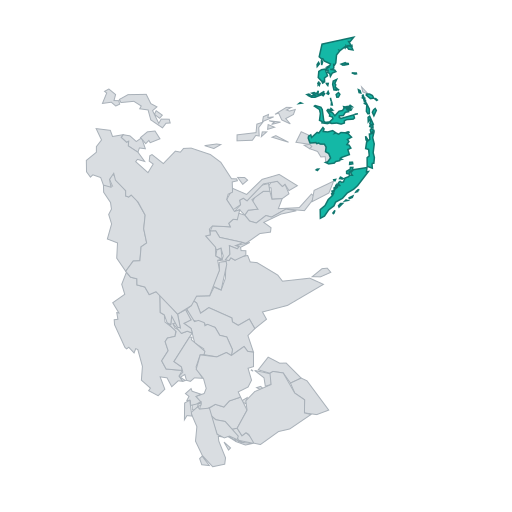 Indonesia on a map of Asia (Equal Earth projection), rotated 257°
{"feature_id": "IDN", "entity_name": "Indonesia", "entity_type": "country or territory", "adm_level": 0, "iso_a3": "IDN", "parent_name": "Asia", "parent_adm1": "", "projection": "equal_earth", "projection_center": [119.503, -2.501], "detail": "fine", "context": "in_parent", "style": "filled", "palette": "teal", "viewbox_px": 512, "rotation_deg": 257, "n_neighbors": 45, "source": "natural_earth", "source_scale": "50m", "svg_char_len": 17876}
<svg xmlns="http://www.w3.org/2000/svg" viewBox="0 0 512 512"><g transform="rotate(257 256 256)"><path d="M269.2,126.0L263.6,129.0L260.6,134.8L254.6,133.5L250.8,140.7L242.4,143.3L243.7,150.5L241.1,154.0L222.5,150.0L219.3,153.4L212.1,152.5L201.6,161.2L195.9,159.0L196.0,151.3L193.0,148.2L183.5,149.1L175.1,140.5L166.1,143.0L161.1,158.4L156.3,154.1L150.4,156.4L151.9,152.1L147.6,144.5L157.3,141.9L159.8,135.4L146.7,137.2L141.9,129.2L148.9,121.1L151.0,123.4L160.8,116.4L174.0,120.5L191.4,119.8L192.8,118.0L189.0,115.4L195.7,111.5L194.6,109.0L196.5,107.7L220.9,102.7L225.8,103.5L225.4,107.2L232.2,107.6L231.3,109.6L242.7,105.9L248.2,119.5L258.6,118.8L269.2,126.0Z" fill="#d9dde1" stroke="#a8b0b8" stroke-width="1"/><path d="M161.1,158.4L166.1,143.0L175.1,140.5L183.5,149.1L193.0,148.2L196.0,151.3L195.9,159.0L200.4,161.2L210.9,154.4L208.4,157.5L216.3,160.3L211.4,163.4L207.6,163.1L208.6,159.9L204.0,160.9L200.1,166.1L197.4,165.9L198.2,172.1L195.4,176.5L171.6,152.3L164.8,158.4L161.1,158.4Z" fill="#d9dde1" stroke="#a8b0b8" stroke-width="1"/><path d="M388.6,401.8L391.8,397.0L397.0,396.9L388.6,401.8Z" fill="#d9dde1" stroke="#a8b0b8" stroke-width="1"/><path d="M82.5,193.8L77.5,200.2L74.1,211.1L74.2,203.2L79.7,194.7L82.5,193.8Z" fill="#d9dde1" stroke="#a8b0b8" stroke-width="1"/><path d="M86.5,189.6L79.8,194.7L86.5,187.9L86.5,189.6Z" fill="#d9dde1" stroke="#a8b0b8" stroke-width="1"/><path d="M80.2,197.8L76.7,202.6L79.2,197.2L80.2,197.8Z" fill="#d9dde1" stroke="#a8b0b8" stroke-width="1"/><path d="M80.2,197.8L92.7,193.4L92.4,198.9L84.0,201.9L86.1,206.5L77.7,212.5L74.1,211.1L80.2,197.8Z" fill="#d9dde1" stroke="#a8b0b8" stroke-width="1"/><path d="M127.0,235.8L135.5,236.4L144.8,228.9L137.7,244.2L127.4,241.8L127.0,235.8Z" fill="#d9dde1" stroke="#a8b0b8" stroke-width="1"/><path d="M124.7,233.4L125.1,230.0L127.6,227.0L127.9,231.2L124.7,233.4Z" fill="#d9dde1" stroke="#a8b0b8" stroke-width="1"/><path d="M117.8,208.6L120.0,215.6L114.2,213.0L117.8,208.6Z" fill="#d9dde1" stroke="#a8b0b8" stroke-width="1"/><path d="M92.4,198.9L92.7,193.4L101.7,188.7L105.5,180.0L112.0,175.4L118.3,176.4L120.6,183.0L116.1,190.7L120.8,197.5L122.0,209.2L107.8,212.6L92.4,198.9Z" fill="#d9dde1" stroke="#a8b0b8" stroke-width="1"/><path d="M138.6,243.2L144.6,232.6L154.7,245.1L146.2,255.0L144.9,261.3L126.9,272.5L124.4,261.0L135.9,256.2L139.7,246.6L138.6,243.2ZM146.1,226.1L144.4,227.3L145.8,225.7L146.1,226.1Z" fill="#d9dde1" stroke="#a8b0b8" stroke-width="1"/><path d="M306.0,294.4L307.7,284.3L318.9,286.0L320.6,282.6L324.6,287.7L324.0,293.6L317.8,297.4L319.4,300.4L309.2,302.1L306.0,294.4Z" fill="#d9dde1" stroke="#a8b0b8" stroke-width="1"/><path d="M315.9,284.1L307.7,284.3L306.0,294.4L297.1,288.4L293.4,309.0L303.9,324.0L300.2,326.6L289.3,313.4L295.0,295.8L290.4,279.9L293.2,274.8L288.1,263.7L291.5,257.6L298.4,254.2L302.4,258.8L301.2,268.3L309.1,264.4L314.5,268.7L317.4,277.7L315.9,284.1Z" fill="#d9dde1" stroke="#a8b0b8" stroke-width="1"/><path d="M323.8,284.5L315.9,284.1L317.4,277.7L311.8,264.7L301.2,268.3L302.4,258.8L298.4,254.2L304.6,250.5L304.3,245.0L309.5,252.5L314.0,252.5L315.2,256.7L311.8,259.7L323.7,276.1L323.8,284.5Z" fill="#d9dde1" stroke="#a8b0b8" stroke-width="1"/><path d="M298.4,254.2L291.5,257.6L288.1,263.7L293.2,274.8L290.4,279.9L295.0,295.8L291.0,305.5L291.2,289.8L287.0,271.1L280.2,277.0L276.0,275.5L277.0,264.8L270.6,249.1L282.3,224.8L289.5,222.4L290.6,216.9L295.1,220.4L290.2,237.5L294.0,236.7L296.9,242.0L295.6,246.0L302.4,247.3L298.4,254.2Z" fill="#d9dde1" stroke="#a8b0b8" stroke-width="1"/><path d="M312.3,302.8L319.4,300.4L317.8,297.4L324.0,293.6L324.6,279.5L311.8,259.7L315.2,256.7L314.0,252.5L309.5,252.5L306.2,244.3L317.6,240.1L327.0,248.7L318.1,260.7L329.3,279.2L330.3,296.9L315.2,312.1L312.3,302.8Z" fill="#d9dde1" stroke="#a8b0b8" stroke-width="1"/><path d="M404.1,153.8L401.4,160.2L394.5,165.1L396.9,171.1L385.4,172.3L387.5,166.7L383.7,164.3L386.3,161.6L392.0,156.3L396.4,157.7L395.8,155.5L401.9,151.3L404.1,153.8Z" fill="#d9dde1" stroke="#a8b0b8" stroke-width="1"/><path d="M390.3,173.8L397.4,170.1L401.4,178.1L400.5,185.7L391.8,188.8L390.2,178.4L392.7,177.6L390.3,173.8Z" fill="#d9dde1" stroke="#a8b0b8" stroke-width="1"/><path d="M270.4,125.6L285.2,119.8L299.9,124.0L306.0,115.0L319.7,122.5L329.6,121.8L334.2,125.7L340.8,126.3L352.4,121.9L359.4,123.3L356.4,131.9L363.6,130.5L368.9,134.6L348.9,143.7L343.8,142.5L342.1,145.2L343.5,148.1L338.8,151.8L320.8,157.2L307.8,152.7L293.3,152.4L290.8,146.1L277.5,141.8L278.7,135.2L270.4,125.6Z" fill="#d9dde1" stroke="#a8b0b8" stroke-width="1"/><path d="M290.6,216.9L289.5,222.4L282.3,224.8L272.1,246.4L270.7,238.8L269.0,241.8L267.2,239.4L272.0,232.4L263.5,231.0L259.2,225.4L257.6,228.6L259.9,231.1L256.6,234.6L258.7,235.9L258.4,248.0L251.5,249.0L249.3,255.5L232.5,272.9L225.5,276.1L222.3,303.4L213.2,315.3L200.8,275.7L200.0,249.7L192.0,252.0L185.5,238.5L196.1,235.3L192.4,223.1L197.1,218.2L201.1,218.5L216.3,198.4L212.7,189.1L223.6,187.6L227.5,183.8L230.3,189.1L227.7,201.9L235.1,208.0L230.7,214.4L241.1,221.1L257.4,225.6L260.5,217.7L260.4,222.3L263.4,224.1L271.5,223.6L270.7,219.2L286.8,211.4L286.9,216.2L290.6,216.9Z" fill="#d9dde1" stroke="#a8b0b8" stroke-width="1"/><path d="M270.7,238.8L270.6,253.0L267.9,242.9L264.6,242.7L263.4,247.3L259.1,246.3L256.6,234.6L259.9,231.1L257.6,228.6L259.2,225.4L263.5,231.0L272.0,232.4L267.2,239.4L269.0,241.8L270.7,238.8Z" fill="#d9dde1" stroke="#a8b0b8" stroke-width="1"/><path d="M270.7,219.2L271.5,223.6L260.4,222.3L265.1,216.7L270.7,219.2Z" fill="#d9dde1" stroke="#a8b0b8" stroke-width="1"/><path d="M258.2,218.7L257.4,225.6L254.4,225.6L230.7,214.4L236.6,206.9L250.4,217.2L258.2,218.7Z" fill="#d9dde1" stroke="#a8b0b8" stroke-width="1"/><path d="M227.5,183.8L223.6,187.6L212.7,189.1L216.3,198.4L201.1,218.5L197.1,218.2L192.4,223.1L196.1,235.3L185.5,238.5L180.3,230.2L162.8,231.9L165.0,226.4L170.5,224.0L164.6,209.6L170.0,212.0L183.7,209.3L186.9,202.8L195.6,200.1L208.2,179.3L219.8,176.6L222.3,182.0L227.5,183.8Z" fill="#d9dde1" stroke="#a8b0b8" stroke-width="1"/><path d="M185.0,176.7L199.9,176.5L206.6,170.6L208.4,178.3L213.8,175.0L219.8,176.6L205.9,181.3L206.2,185.4L202.7,190.6L199.5,190.5L200.3,193.5L195.6,200.1L186.9,202.8L183.7,209.3L170.0,212.0L164.6,209.6L168.6,205.4L166.5,195.2L171.6,183.1L177.3,184.2L185.0,176.7Z" fill="#d9dde1" stroke="#a8b0b8" stroke-width="1"/><path d="M195.4,176.5L198.2,172.1L197.4,165.9L208.6,159.9L209.0,163.0L203.2,166.1L217.0,166.5L219.5,175.3L208.4,178.3L206.6,170.6L199.9,176.5L195.4,176.5Z" fill="#d9dde1" stroke="#a8b0b8" stroke-width="1"/><path d="M210.9,154.4L219.3,153.4L222.5,150.0L241.1,154.0L217.0,166.5L203.2,166.1L204.1,163.6L216.3,160.3L208.4,157.5L210.9,154.4Z" fill="#d9dde1" stroke="#a8b0b8" stroke-width="1"/><path d="M150.4,156.4L156.3,154.1L159.3,158.6L164.8,158.4L171.6,152.3L191.9,172.9L191.2,175.5L188.9,174.2L174.6,184.8L171.6,183.1L172.2,179.4L161.3,172.6L148.9,176.3L151.1,168.6L148.6,163.9L150.5,160.3L156.6,160.0L154.9,155.0L150.5,159.2L150.4,156.4Z" fill="#d9dde1" stroke="#a8b0b8" stroke-width="1"/><path d="M122.0,209.2L120.8,197.5L116.1,190.7L120.6,183.0L117.7,172.9L119.5,166.5L125.2,169.5L132.7,165.8L133.7,174.6L138.2,177.7L148.3,177.3L159.1,172.2L172.2,179.4L166.5,195.2L168.6,205.4L164.6,209.6L170.5,224.0L165.0,226.4L162.8,231.9L148.8,228.7L148.4,223.0L136.0,223.7L130.1,218.8L127.6,208.1L122.0,209.2Z" fill="#d9dde1" stroke="#a8b0b8" stroke-width="1"/><path d="M81.3,196.4L86.5,189.6L85.9,184.2L90.9,178.0L110.3,176.1L105.5,180.0L101.7,188.7L84.5,198.2L81.3,196.4Z" fill="#d9dde1" stroke="#a8b0b8" stroke-width="1"/><path d="M126.4,169.4L119.3,162.9L120.4,159.3L126.4,160.5L126.4,169.4Z" fill="#d9dde1" stroke="#a8b0b8" stroke-width="1"/><path d="M118.3,176.4L90.9,178.0L87.4,182.4L88.7,178.7L84.1,178.1L66.2,180.9L60.2,178.7L60.4,166.4L73.8,158.8L89.2,155.4L103.0,160.0L118.0,157.3L122.2,165.3L119.5,166.5L118.3,176.4ZM64.8,156.2L71.3,155.5L73.1,158.5L62.3,163.4L64.8,156.2Z" fill="#d9dde1" stroke="#a8b0b8" stroke-width="1"/><path d="M228.8,317.5L228.1,322.7L223.3,325.2L221.2,314.1L223.2,306.1L228.8,317.5Z" fill="#d9dde1" stroke="#a8b0b8" stroke-width="1"/><path d="M331.8,264.9L328.8,259.2L336.7,255.8L335.0,262.6L331.8,264.9ZM217.0,166.5L243.7,150.5L242.4,143.3L250.8,140.7L254.6,133.5L260.6,134.8L263.6,129.0L270.4,125.6L278.7,135.2L277.5,141.8L290.8,146.1L293.3,152.4L307.8,152.7L320.8,157.2L334.9,153.3L343.5,148.1L342.1,145.2L343.8,142.5L348.9,143.7L361.5,136.1L368.6,136.0L363.6,130.5L355.6,130.2L359.4,123.3L367.4,122.3L371.8,115.3L370.1,112.4L376.2,109.8L387.3,112.2L393.0,123.8L398.5,125.1L403.8,131.6L416.1,128.9L411.2,142.3L404.7,143.1L404.1,153.8L401.9,151.3L395.8,155.5L396.4,157.7L392.0,156.3L383.7,164.3L373.2,168.8L376.8,162.2L375.0,160.0L361.5,169.5L368.7,176.5L372.5,173.3L377.6,175.1L378.2,177.5L366.9,186.5L376.3,201.0L374.2,205.7L377.1,209.6L375.7,217.1L365.1,234.4L355.2,242.8L336.8,249.5L335.5,254.5L333.5,254.8L333.5,249.5L323.5,247.5L322.5,242.8L317.6,240.1L304.3,245.0L304.6,250.5L295.6,246.0L296.9,242.0L294.0,236.7L290.2,237.5L295.1,220.4L292.7,216.6L286.9,216.2L286.8,211.4L273.6,218.6L265.1,216.7L260.4,221.4L260.5,217.7L250.4,217.2L227.7,201.9L230.3,189.1L222.3,182.0L217.0,166.5Z" fill="#d9dde1" stroke="#a8b0b8" stroke-width="1"/><path d="M375.1,230.8L374.0,242.8L372.5,246.7L370.2,239.1L375.1,230.8Z" fill="#d9dde1" stroke="#a8b0b8" stroke-width="1"/><path d="M130.8,156.1L134.3,159.1L137.8,156.3L141.4,162.9L138.6,163.3L133.7,171.3L132.7,165.8L126.4,169.4L125.1,164.5L125.1,158.7L129.8,159.5L130.8,156.1ZM125.2,169.5L123.1,168.9L122.2,165.3L124.9,166.3L125.2,169.5Z" fill="#d9dde1" stroke="#a8b0b8" stroke-width="1"/><path d="M112.5,149.4L128.8,153.4L130.5,159.0L114.5,157.5L116.0,152.8L112.5,149.4Z" fill="#d9dde1" stroke="#a8b0b8" stroke-width="1"/><path d="M374.5,294.3L371.1,288.1L375.5,290.0L374.5,294.3ZM380.9,310.0L380.7,300.8L382.2,303.9L384.9,299.1L380.9,310.0ZM389.8,306.4L394.0,319.1L392.8,323.7L391.4,318.6L389.7,321.2L389.9,327.2L385.5,324.3L383.2,315.9L377.0,319.1L382.8,311.7L390.1,310.2L389.8,306.4ZM368.8,302.4L359.5,313.3L368.1,298.4L368.8,302.4ZM378.3,264.8L376.2,283.8L384.3,286.5L384.8,292.7L380.6,287.6L372.2,286.1L373.5,282.9L369.6,278.5L372.5,263.4L378.3,264.8ZM377.3,303.0L376.8,295.8L381.3,297.4L377.3,303.0ZM390.1,294.5L391.1,300.0L388.3,298.7L387.6,304.5L385.5,292.6L390.1,294.5Z" fill="#d9dde1" stroke="#a8b0b8" stroke-width="1"/><path d="M296.3,322.8L306.9,327.4L311.5,348.5L301.0,341.2L296.3,322.8ZM362.1,334.3L354.6,333.5L350.0,347.9L334.7,351.1L332.2,348.3L331.6,345.0L337.2,345.8L337.9,341.5L344.0,339.5L348.5,332.4L352.7,333.5L357.8,320.5L366.9,328.0L362.1,334.3Z" fill="#d9dde1" stroke="#a8b0b8" stroke-width="1"/><path d="M353.1,327.8L352.7,333.5L350.1,335.0L348.5,332.4L353.1,327.8Z" fill="#d9dde1" stroke="#a8b0b8" stroke-width="1"/><path d="M442.0,167.6L438.2,185.4L428.1,187.8L423.6,193.0L420.9,187.9L407.1,191.1L410.7,194.4L408.8,202.2L404.9,202.3L405.6,198.2L401.9,193.7L412.3,184.1L422.6,183.7L425.6,175.8L428.0,177.9L434.2,171.8L435.9,158.9L439.3,158.1L442.0,167.6ZM448.4,147.2L450.5,145.5L451.8,150.2L444.9,155.5L439.4,152.6L438.2,157.2L434.6,157.3L433.7,153.1L438.4,149.6L439.2,140.7L448.4,147.2ZM411.9,193.0L416.9,188.9L420.0,191.4L414.3,196.4L411.9,193.0Z" fill="#d9dde1" stroke="#a8b0b8" stroke-width="1"/><path d="M124.4,261.0L126.9,272.5L122.9,277.6L89.5,292.2L87.8,279.5L92.2,267.9L104.9,271.0L113.7,262.9L124.4,261.0Z" fill="#d9dde1" stroke="#a8b0b8" stroke-width="1"/><path d="M74.1,211.8L83.8,208.8L86.1,206.5L84.0,201.9L92.4,198.9L107.8,212.6L117.2,213.5L124.2,224.3L127.4,241.8L138.6,243.2L139.7,246.6L135.9,256.2L113.7,262.9L104.9,271.0L92.2,267.9L89.2,273.9L79.9,250.0L79.9,238.5L71.3,217.9L74.1,211.8Z" fill="#d9dde1" stroke="#a8b0b8" stroke-width="1"/><path d="M81.9,183.0L74.7,188.0L73.1,185.6L81.9,183.0Z" fill="#d9dde1" stroke="#a8b0b8" stroke-width="1"/><path d="M331.5,344.9L331.6,346.9L334.7,350.7L339.5,349.9L342.0,347.2L346.3,348.8L349.6,347.8L350.6,343.8L352.0,342.4L351.8,340.5L353.1,339.9L353.9,334.1L359.2,333.4L360.9,334.2L361.7,336.6L359.0,336.9L362.7,343.4L361.7,344.9L366.1,350.1L364.5,350.9L362.2,349.5L360.7,353.8L360.9,358.9L358.5,361.1L357.8,360.2L357.9,361.6L356.1,363.9L357.2,366.5L356.0,370.6L355.3,371.7L354.9,372.9L350.3,375.8L349.0,371.2L346.6,372.3L344.1,369.6L343.1,371.6L339.8,372.7L339.1,369.4L333.8,369.8L332.8,361.4L332.1,360.1L330.1,359.0L330.1,354.8L328.9,353.2L329.4,347.5L331.5,344.9ZM278.3,327.2L286.8,329.0L289.6,334.6L294.8,339.1L297.7,344.1L299.1,345.3L298.9,343.8L299.7,343.7L301.3,346.5L303.3,347.8L304.6,350.8L307.0,352.1L305.2,353.9L308.2,352.4L309.4,353.6L309.8,354.8L308.5,356.0L308.5,357.9L311.9,360.2L312.5,364.1L313.7,365.5L313.0,368.0L315.8,366.9L318.2,370.5L317.2,384.0L313.1,382.5L313.0,384.5L301.7,370.8L299.1,366.2L296.9,359.1L292.7,353.2L290.6,345.7L287.3,343.2L284.6,337.2L279.5,331.7L278.3,327.2ZM447.6,368.0L447.2,400.4L443.7,395.9L444.1,394.5L439.6,396.1L440.4,392.8L439.1,391.2L439.6,390.9L440.3,391.0L440.7,390.9L438.6,389.6L439.6,389.2L437.2,384.0L437.7,383.3L436.8,383.5L433.8,379.7L426.2,377.2L424.3,375.4L425.0,374.7L421.7,374.1L420.6,372.4L421.2,370.3L419.5,374.5L417.7,375.3L417.1,371.5L414.3,368.9L417.1,368.9L418.8,367.2L420.7,368.1L421.5,365.5L415.5,366.2L414.1,362.8L410.7,362.1L411.6,359.3L415.9,356.8L421.7,358.7L422.8,361.8L422.5,366.5L423.5,369.1L424.1,367.7L425.1,371.0L426.4,371.8L430.6,366.4L433.2,365.5L433.4,364.2L435.9,362.4L447.6,368.0ZM389.3,347.5L386.3,352.7L383.8,353.5L372.1,352.4L370.6,353.7L370.1,357.8L372.4,361.8L374.2,361.7L375.8,359.1L377.2,359.7L381.7,357.9L382.6,358.9L382.4,360.0L380.7,359.5L378.3,362.8L374.9,364.4L378.4,369.5L378.3,373.1L380.5,375.3L380.5,376.9L377.7,377.7L377.4,379.1L375.8,378.8L375.9,375.4L373.2,372.6L373.8,368.7L372.3,368.3L370.9,369.7L371.5,382.9L368.3,383.0L367.5,381.5L368.5,375.1L367.9,372.5L365.7,372.0L365.4,368.6L367.4,364.6L368.1,359.5L368.8,358.4L369.3,359.3L368.9,355.4L370.9,350.2L372.1,350.7L373.9,348.4L380.4,350.8L384.5,350.8L388.9,346.6L389.3,347.5ZM318.4,384.5L326.8,386.4L328.1,388.9L334.5,389.7L336.0,387.0L342.3,389.5L344.1,393.2L349.3,393.9L349.2,396.9L349.9,398.7L345.0,396.3L338.6,396.4L330.3,393.4L325.3,393.5L319.9,391.7L320.1,390.2L318.9,389.6L315.4,389.1L318.4,384.5ZM398.6,350.8L402.1,347.1L402.2,349.5L400.5,351.3L402.9,353.9L399.5,352.6L399.1,353.5L401.1,359.5L398.4,356.2L397.4,349.3L398.2,345.8L399.7,344.0L399.6,348.4L398.6,350.8ZM406.0,369.3L409.1,370.6L409.9,374.3L406.4,371.6L405.0,372.2L402.7,371.2L401.5,372.2L400.0,370.8L399.2,372.5L400.3,369.3L406.0,369.3ZM380.2,397.9L373.7,399.5L369.2,398.4L369.4,397.0L372.2,396.1L378.5,398.0L380.7,395.4L380.2,397.9ZM361.6,395.6L365.9,396.4L366.7,398.2L358.1,399.9L358.2,397.5L359.4,396.7L362.4,398.5L363.4,397.8L361.6,395.6ZM388.0,399.6L388.9,400.1L388.2,403.2L386.2,405.5L383.3,406.3L383.6,402.9L388.0,399.6ZM318.2,363.3L319.4,367.3L321.1,367.9L320.5,370.3L318.0,369.1L317.2,365.9L314.8,365.2L316.0,362.9L318.2,363.3ZM438.3,396.2L435.0,396.8L436.7,392.7L439.2,391.9L440.0,393.4L438.3,396.2ZM369.9,401.7L371.9,403.4L372.9,405.3L370.8,406.0L366.1,402.4L369.9,401.7ZM395.3,370.4L396.7,373.1L394.7,374.1L392.3,372.1L392.5,370.5L395.3,370.4ZM353.1,395.7L354.1,396.9L352.0,399.1L349.5,395.7L353.1,395.7ZM357.8,396.6L357.3,399.3L354.6,398.8L356.6,395.9L357.8,396.6ZM326.2,368.5L325.7,371.1L324.0,371.0L324.2,367.8L326.2,368.5ZM423.8,382.1L424.3,386.4L423.3,386.6L422.2,385.3L422.4,383.5L423.8,382.1ZM348.0,389.7L344.5,391.0L343.0,390.3L344.3,389.3L348.0,389.7ZM381.3,376.9L380.9,380.6L381.7,381.6L379.7,383.3L380.5,378.1L381.3,376.9ZM286.4,347.7L288.1,350.1L287.7,352.2L285.0,347.9L286.4,347.7ZM292.7,363.9L291.4,363.0L290.9,359.8L291.8,359.8L292.7,363.9ZM411.7,394.9L410.9,394.9L411.0,393.3L412.9,390.5L411.7,394.9ZM410.0,355.0L411.9,356.5L409.3,355.4L410.3,356.7L409.8,357.2L407.9,356.0L410.0,355.0ZM386.3,363.3L389.6,364.4L386.0,364.3L386.3,363.3ZM379.7,381.3L378.4,381.5L378.7,378.8L379.9,378.1L379.7,381.3ZM426.9,358.3L428.8,358.6L430.6,360.5L428.9,360.9L426.9,358.3ZM395.0,393.2L393.8,394.6L391.3,394.8L392.0,393.2L395.0,393.2ZM423.6,387.1L422.8,389.2L422.0,389.1L422.1,385.9L423.6,387.1ZM400.1,363.3L397.9,363.6L397.3,362.9L398.3,361.7L400.1,363.3ZM427.3,363.0L430.0,363.3L432.5,364.0L430.0,364.5L427.3,363.0ZM380.7,360.9L382.9,362.2L381.7,363.1L381.6,361.5L380.6,362.9L380.7,360.9ZM401.2,344.8L400.4,343.5L401.8,342.0L401.9,343.9L401.2,344.8ZM386.8,395.6L388.5,395.8L388.8,396.5L386.1,396.9L386.8,395.6ZM408.3,363.4L407.9,365.2L406.0,364.3L406.9,363.8L408.3,363.4ZM356.3,373.8L355.3,375.0L356.1,371.2L356.3,373.8ZM398.0,356.6L399.1,359.0L398.7,359.4L397.0,357.5L398.0,356.6ZM282.7,343.2L280.3,341.7L279.9,340.9L280.6,340.6L282.7,343.2ZM326.6,336.6L325.5,335.1L326.4,334.0L326.9,335.1L326.6,336.6ZM410.7,361.6L409.9,361.3L409.5,359.8L410.8,359.6L410.7,361.6ZM306.9,350.7L305.0,350.7L305.1,349.6L306.9,350.7ZM302.1,344.6L302.2,346.1L301.3,346.3L301.0,344.9L302.1,344.6ZM384.4,396.2L383.0,397.7L381.8,397.5L382.4,396.3L384.4,396.2ZM380.7,409.3L380.4,408.6L382.3,407.2L382.5,408.0L380.7,409.3ZM390.4,364.0L393.4,364.1L389.9,364.2L390.4,364.0ZM312.8,348.9L312.7,350.8L311.5,349.9L311.9,349.1L312.8,348.9ZM331.9,360.2L330.9,361.4L330.9,359.9L331.9,360.2ZM297.5,370.0L297.6,371.6L296.5,368.9L297.5,370.0ZM312.6,354.9L314.3,356.4L312.3,355.9L312.6,354.9ZM377.5,382.1L376.6,381.2L377.0,380.3L377.5,380.7L377.5,382.1ZM290.4,356.3L289.5,357.7L289.6,355.0L290.4,356.3ZM304.8,350.1L304.2,349.6L304.1,348.0L304.8,348.8L304.8,350.1ZM395.5,333.6L394.7,334.7L394.9,332.3L395.5,333.6ZM385.5,395.9L385.2,397.5L384.4,397.1L385.5,395.9ZM304.9,347.5L305.0,348.4L303.3,347.0L304.9,347.5ZM311.6,357.3L312.8,357.3L311.9,358.3L311.6,357.3ZM307.5,350.7L305.8,349.7L305.9,349.2L306.9,349.7L307.5,350.7ZM381.8,375.0L381.3,376.1L380.9,375.1L381.8,375.0ZM400.8,372.6L399.5,373.8L399.3,373.5L400.8,372.6ZM439.6,396.8L438.5,396.7L438.4,396.4L439.2,395.7L439.6,396.8ZM371.9,384.8L371.7,387.3L371.7,383.8L371.9,384.8ZM296.6,368.4L295.9,369.1L295.8,367.6L296.6,368.4Z" fill="#14b8a6" stroke="#0f766e" stroke-width="1.5"/></g></svg>